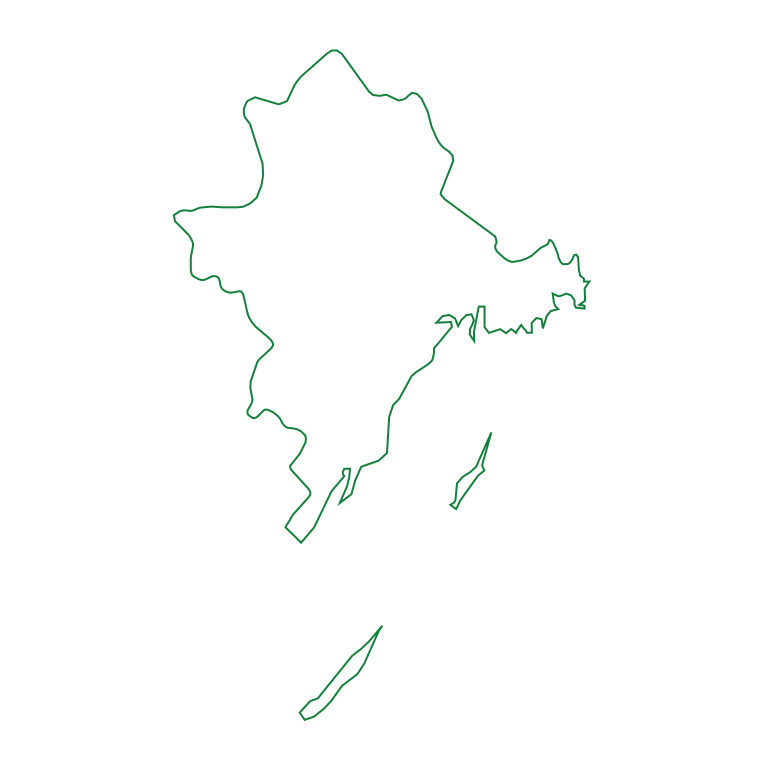 SVG path tracing the border of Šibensko-Kninska, rotated 269°
{"feature_id": "HRV-1491", "entity_name": "Šibensko-Kninska", "entity_type": "County", "adm_level": 1, "iso_a3": "HRV", "parent_name": "Croatia", "parent_adm1": "", "projection": "orthographic", "projection_center": [15.941, 43.766], "detail": "fine", "context": "isolated", "style": "outline", "palette": "green", "viewbox_px": 768, "rotation_deg": 269, "n_neighbors": 0, "source": "natural_earth", "source_scale": "10m", "svg_char_len": 3686}
<svg xmlns="http://www.w3.org/2000/svg" viewBox="0 0 768 768"><g transform="rotate(269 384 384)"><path d="M485.6,585.8L482.9,585.8L482.9,591.1L476.1,586.3L463.7,586.5L459.7,580.5L459.2,581.9L459.3,584.1L458.6,585.9L455.9,585.8L456.9,577.3L459.8,575.8L464.2,576.0L469.4,572.6L471.2,567.8L469.7,564.2L468.6,560.1L471.4,554.3L462.3,555.3L459.0,556.6L455.9,559.5L454.0,552.0L449.5,548.1L436.8,543.8L446.0,542.7L447.3,537.5L442.4,532.7L432.7,532.7L432.7,528.0L435.3,526.4L438.1,523.9L440.6,522.2L435.0,518.0L432.7,517.0L436.8,512.2L432.7,506.9L436.8,501.2L433.3,489.7L439.2,485.5L459.7,485.9L459.7,480.1L434.6,474.8L425.4,474.9L432.0,470.6L437.5,471.0L442.1,473.5L446.3,474.9L452.2,472.7L451.4,467.6L446.5,462.3L440.6,459.1L448.3,456.2L451.9,450.4L450.8,443.7L444.4,437.6L444.8,452.1L440.1,452.9L426.5,441.4L418.8,434.5L414.9,434.6L409.8,433.6L406.5,432.4L403.0,428.5L395.3,416.4L391.6,411.8L369.0,399.0L362.8,392.8L351.0,388.6L315.0,385.8L307.4,377.2L301.7,359.8L288.5,353.7L274.4,349.5L265.8,337.8L282.4,345.3L291.1,347.6L299.9,348.5L299.9,342.8L296.7,341.2L294.4,341.4L293.2,342.2L292.6,342.7L277.7,329.7L241.8,311.6L226.8,298.4L242.5,283.0L254.9,290.7L272.3,306.8L274.6,308.4L277.6,308.4L280.7,306.5L299.6,289.9L301.7,288.8L303.7,288.7L316.0,298.8L327.0,304.5L330.3,305.0L333.9,304.4L337.8,300.6L340.1,296.7L341.2,292.6L341.7,288.3L342.1,286.2L343.8,283.8L346.5,281.8L351.5,279.3L354.8,276.2L357.7,272.6L359.5,269.1L360.5,266.2L360.5,264.6L359.6,263.2L353.2,256.4L352.1,253.9L352.4,252.0L355.3,247.9L357.2,247.0L359.8,247.1L367.5,251.5L370.6,252.3L381.9,250.3L388.8,250.7L408.5,257.9L410.5,259.4L421.5,271.7L423.5,273.1L424.8,273.8L426.4,273.6L428.6,272.7L432.1,269.6L443.4,256.8L447.4,253.5L452.3,250.5L456.2,249.0L476.5,244.7L479.1,242.6L479.2,240.1L478.1,234.1L478.0,231.7L478.6,229.0L479.7,226.6L481.3,224.5L482.9,223.2L484.7,222.4L490.4,221.4L492.7,220.5L493.8,219.6L494.7,217.6L494.9,215.2L494.2,212.8L492.0,208.3L491.3,206.2L491.1,204.5L491.1,203.9L491.2,203.2L491.5,202.3L492.2,200.2L494.6,195.9L496.4,194.0L500.2,192.8L513.8,193.0L524.7,195.3L527.0,195.5L529.4,195.1L532.4,193.7L536.2,191.5L550.5,177.8L556.5,176.9L560.5,183.3L561.1,186.8L561.0,189.9L560.5,191.7L560.5,193.9L560.8,196.0L561.2,197.3L561.6,198.1L561.9,198.5L563.1,201.9L563.6,203.8L564.4,213.9L564.2,217.4L563.5,225.0L563.2,240.4L563.7,246.4L566.8,253.2L572.6,260.0L584.6,264.9L594.7,266.8L606.5,266.4L646.5,254.5L652.2,250.2L655.0,248.9L658.3,248.6L661.8,248.8L666.9,250.9L669.3,252.3L672.9,260.1L665.5,283.5L666.8,287.5L668.6,292.0L683.9,299.5L688.1,302.4L693.0,306.5L715.4,332.8L718.3,337.4L718.4,342.6L714.8,347.6L676.8,374.0L673.2,377.9L672.2,384.2L672.6,387.8L673.2,390.3L672.8,392.2L667.2,403.6L668.1,407.9L669.3,410.7L672.2,413.8L674.6,417.2L673.5,422.0L668.6,426.6L655.4,432.5L640.1,436.2L628.0,441.3L623.7,443.8L619.7,447.0L615.1,453.1L611.4,456.4L605.8,457.1L575.2,444.4L572.7,443.9L567.8,447.8L529.6,497.7L526.0,498.8L523.4,499.0L520.4,497.6L517.6,497.7L514.3,499.4L507.9,506.3L505.4,509.9L503.7,514.2L505.0,522.7L507.0,528.7L509.7,533.9L517.4,543.1L520.5,549.5L522.4,551.0L525.1,551.8L524.6,553.6L522.0,555.6L512.5,559.5L507.2,560.8L502.8,562.7L500.6,565.0L500.7,569.9L502.5,572.5L505.3,574.4L508.0,575.5L509.7,576.7L509.9,578.6L507.1,580.3L495.1,580.8L489.0,582.0L485.7,585.7L485.6,585.8ZM68.2,304.6L70.9,312.4L112.9,347.5L119.5,356.4L126.7,364.4L142.3,378.1L137.5,374.6L104.8,359.4L94.3,352.2L83.0,336.8L68.0,325.7L60.6,318.5L52.7,308.3L49.6,298.8L56.9,294.0L68.2,304.6ZM299.5,474.6L333.7,490.5L300.8,480.6L295.7,482.8L290.7,476.4L266.5,458.4L257.7,453.9L262.0,448.3L264.3,452.2L266.6,453.4L283.5,455.3L289.9,461.2L294.4,468.7L299.5,474.6Z" fill="none" stroke="#15803d" stroke-width="2"/></g></svg>